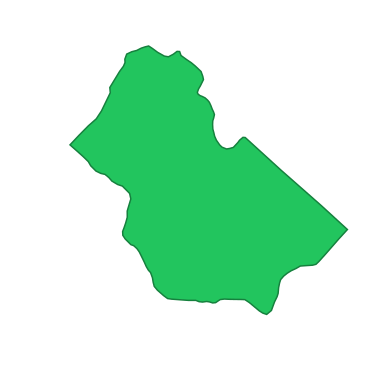 Noya, Estuaire, Gabon, rotated 42°
{"feature_id": "22940354B97736756734811", "entity_name": "Noya", "entity_type": "district", "adm_level": 2, "iso_a3": "GAB", "parent_name": "Gabon", "parent_adm1": "Estuaire", "projection": "mercator", "projection_center": [9.982, 0.76], "detail": "fine", "context": "isolated", "style": "filled", "palette": "green", "viewbox_px": 384, "rotation_deg": 42, "n_neighbors": 0, "source": "geoboundaries", "source_scale": "gbopen_adm2", "svg_char_len": 1824}
<svg xmlns="http://www.w3.org/2000/svg" viewBox="0 0 384 384"><g transform="rotate(42 192 192)"><path d="M332.6,115.9L297.1,115.6L242.8,116.2L195.1,115.9L193.3,117.3L192.7,121.7L193.0,124.7L192.9,131.2L190.8,134.5L188.9,136.9L184.3,138.6L181.1,138.5L175.5,137.2L171.5,135.4L168.5,133.3L165.4,131.3L162.1,128.0L159.8,125.2L158.7,122.7L156.9,119.5L154.5,118.1L151.6,116.9L148.3,115.2L144.8,113.7L142.1,113.3L138.7,113.3L135.5,114.2L133.4,115.0L131.0,115.2L129.3,114.4L127.9,111.0L127.2,107.5L125.3,100.8L122.6,98.8L118.1,96.4L110.1,96.2L105.1,96.4L99.4,97.2L92.5,97.9L88.8,95.9L86.8,97.5L85.9,102.2L84.0,107.3L80.5,109.5L73.0,111.2L66.7,111.8L62.1,112.5L60.1,115.4L58.0,119.1L56.2,123.8L53.4,128.0L51.2,133.2L53.2,138.2L55.6,140.6L56.9,144.4L57.5,150.7L59.3,160.3L61.0,169.3L64.9,173.0L70.5,192.4L71.9,201.7L70.7,212.1L70.1,224.8L69.8,238.6L87.1,238.5L94.6,238.8L99.2,240.3L106.6,240.7L111.8,239.2L115.6,237.1L120.6,236.9L125.2,237.5L131.7,236.2L136.3,234.2L146.6,234.8L151.2,238.1L153.5,243.0L156.6,249.5L160.8,254.1L163.5,259.5L165.3,263.7L166.9,267.8L169.6,270.5L173.8,271.6L181.5,272.0L181.9,272.0L184.5,270.9L188.9,270.9L192.9,271.8L199.7,274.5L203.4,276.0L207.9,278.0L212.0,279.3L215.1,279.6L220.0,282.2L223.6,285.1L227.1,287.4L232.0,288.1L240.2,288.0L245.2,287.5L248.5,285.3L261.9,274.9L267.3,270.0L270.6,268.8L273.5,266.7L276.1,263.6L278.5,262.0L281.6,260.6L283.6,258.4L284.3,255.5L284.9,253.1L287.8,249.8L291.0,247.2L296.2,242.7L299.7,239.6L303.3,236.6L308.6,235.8L321.6,235.3L325.7,234.6L329.4,233.0L330.3,226.9L329.2,224.2L326.9,218.5L325.3,212.9L323.9,209.8L320.3,205.0L317.9,200.9L316.5,197.8L316.4,193.2L317.1,188.7L318.4,184.1L320.5,179.2L322.0,174.6L323.9,172.6L326.5,169.9L330.6,165.7L332.5,162.8L332.8,158.9L332.8,148.7L332.5,128.4L332.6,115.9Z" fill="#22c55e" stroke="#15803d" stroke-width="1.5"/></g></svg>